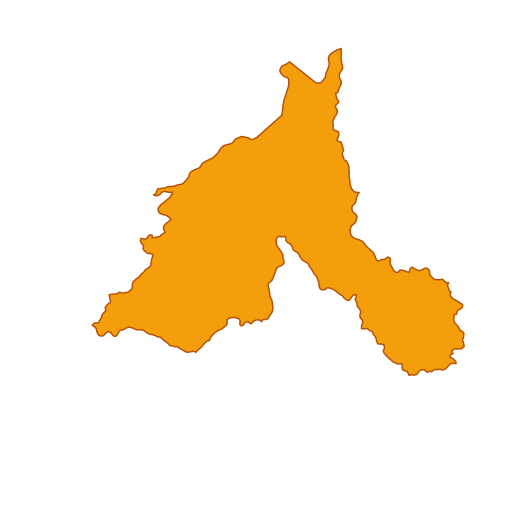 the district of Nanuque, Minas Gerais, Brazil, rotated 250°
{"feature_id": "56859067B31729881403209", "entity_name": "Nanuque", "entity_type": "district", "adm_level": 2, "iso_a3": "BRA", "parent_name": "Brazil", "parent_adm1": "Minas Gerais", "projection": "albers", "projection_center": [-40.519, -17.735], "detail": "fine", "context": "isolated", "style": "filled", "palette": "amber", "viewbox_px": 512, "rotation_deg": 250, "n_neighbors": 0, "source": "geoboundaries", "source_scale": "gbopen_adm2", "svg_char_len": 6112}
<svg xmlns="http://www.w3.org/2000/svg" viewBox="0 0 512 512"><g transform="rotate(250 256 256)"><path d="M269.6,104.7L263.6,103.9L262.0,103.1L261.7,100.8L260.6,98.7L259.0,96.6L256.1,96.3L254.2,92.5L252.8,90.7L251.1,89.9L249.2,87.4L247.0,85.0L248.0,82.5L248.2,80.5L246.8,78.5L244.5,80.3L242.1,81.1L239.7,80.6L236.8,80.6L234.8,81.5L233.8,83.1L233.3,85.0L233.9,86.7L234.9,88.6L235.6,91.5L233.3,93.6L231.0,94.1L229.4,95.0L228.6,96.7L229.3,98.6L232.1,101.7L232.7,103.7L232.1,106.1L232.9,111.5L231.8,113.8L227.6,118.5L225.9,123.0L224.4,125.1L221.4,127.0L219.5,128.6L216.2,133.7L213.8,135.7L212.7,138.1L211.0,139.4L209.3,139.9L207.5,140.9L206.0,142.2L203.7,143.5L201.2,144.5L200.1,146.8L198.6,148.6L197.9,150.4L196.8,151.8L194.9,153.0L190.1,157.1L188.7,159.1L188.7,160.9L188.1,162.8L187.8,165.1L186.1,166.5L187.4,168.7L189.2,174.0L190.6,176.0L192.6,180.0L192.6,183.0L193.8,184.5L195.4,185.9L197.8,190.7L198.9,194.0L199.1,198.9L201.2,204.7L203.3,206.3L205.9,206.8L206.6,208.7L206.5,211.6L205.7,214.6L202.8,218.6L200.0,218.9L197.8,217.5L195.8,217.7L195.2,220.1L196.7,221.9L197.4,223.7L196.8,226.2L194.3,227.6L194.4,229.6L195.6,231.4L195.8,234.7L194.6,237.6L192.5,238.6L193.8,241.0L193.1,243.4L193.0,245.9L194.9,247.9L197.7,252.0L200.9,253.9L202.5,254.5L207.2,255.5L209.3,255.7L211.6,255.5L213.9,255.5L219.9,256.8L223.9,257.3L225.6,257.9L226.7,260.0L227.4,262.2L228.7,263.8L237.6,271.4L238.3,274.0L238.3,276.3L238.8,278.3L240.0,280.0L242.1,280.6L245.8,280.8L248.0,281.7L252.8,280.8L257.4,279.4L259.7,279.2L264.5,280.5L266.2,282.1L266.6,284.7L264.9,287.3L264.5,290.0L262.5,290.2L260.1,289.4L257.8,290.3L255.9,292.1L253.6,293.0L251.5,293.2L249.6,293.0L247.7,293.9L245.4,295.8L243.2,296.8L241.3,296.9L237.0,297.9L235.5,298.8L232.2,301.7L230.3,302.5L227.3,302.7L224.8,303.6L219.1,304.6L215.7,305.9L211.1,306.0L208.7,305.8L206.7,305.1L204.9,304.9L202.9,305.1L201.7,306.4L201.1,308.2L201.0,310.0L201.8,311.9L200.5,314.7L197.4,317.9L195.5,319.2L193.2,320.3L188.5,323.9L186.2,324.4L183.4,326.5L182.4,328.0L183.1,329.8L184.8,331.5L186.1,335.0L185.1,336.9L183.0,335.9L181.2,334.3L179.2,334.5L177.5,335.0L175.7,334.3L173.6,334.1L170.0,335.4L168.0,335.4L164.6,333.2L161.8,332.9L160.2,333.7L157.9,334.0L156.0,332.9L154.1,331.2L151.6,330.3L150.5,332.9L149.9,335.7L148.1,336.7L144.8,339.5L142.3,339.4L139.9,340.3L137.4,340.7L134.3,340.1L131.7,340.5L130.1,344.2L128.7,345.8L125.8,345.4L123.3,343.1L120.9,343.1L116.8,344.8L109.6,348.6L106.7,351.4L105.7,353.5L105.3,355.7L103.4,356.2L101.2,355.1L98.9,355.0L97.1,356.9L95.9,358.6L91.7,359.0L91.0,361.9L90.0,364.1L89.7,366.5L90.7,368.3L91.9,369.7L92.6,371.5L92.2,373.6L91.4,375.3L89.7,376.0L88.0,377.5L88.5,379.9L87.1,381.5L88.2,384.0L87.8,386.2L86.3,390.6L84.9,392.7L85.2,396.2L86.5,398.2L88.4,402.2L86.6,407.1L88.3,407.7L92.0,406.1L94.3,403.7L96.8,405.2L96.9,407.8L99.8,407.4L100.9,410.6L99.2,415.1L98.6,417.5L99.8,420.6L103.3,421.3L106.8,421.4L108.2,422.9L112.1,424.9L114.6,424.1L116.5,422.2L118.3,422.3L121.4,421.5L124.9,420.0L127.3,419.7L130.1,420.7L133.0,422.2L132.6,424.2L135.6,426.5L136.2,428.5L136.5,431.2L138.0,432.9L139.7,433.5L142.1,431.6L143.7,430.8L145.1,429.4L146.5,428.4L147.6,427.0L151.6,425.1L153.3,425.0L155.5,427.0L157.5,425.7L163.3,425.9L164.8,427.8L166.0,425.6L168.5,424.1L170.5,423.3L170.7,421.3L172.1,417.1L173.9,414.9L178.9,413.0L183.1,413.9L185.9,412.7L186.8,410.1L186.0,405.9L186.6,404.0L188.0,402.3L189.8,400.6L192.2,398.9L191.4,396.7L188.2,394.0L191.2,390.6L192.9,388.2L193.5,386.3L192.1,384.0L192.9,381.8L195.2,380.5L202.5,379.4L205.1,380.1L206.5,381.2L208.8,381.0L209.9,379.3L208.9,375.6L209.7,373.1L209.4,370.3L209.7,368.5L211.6,367.7L215.7,367.8L219.6,367.2L227.3,363.0L231.4,361.9L233.4,360.9L236.2,358.3L238.2,355.2L240.8,353.3L243.5,352.3L246.6,352.7L250.1,354.4L251.9,356.5L253.2,360.3L254.3,361.6L257.4,363.9L259.0,364.5L261.8,363.8L263.2,362.5L265.6,361.9L268.7,362.6L270.2,363.9L271.5,366.7L273.0,368.4L277.6,371.2L280.4,374.5L282.0,371.2L283.1,369.9L286.4,368.9L289.5,368.8L291.5,368.9L293.7,369.8L299.5,370.8L302.3,372.1L309.6,374.0L314.6,373.3L316.0,371.8L319.7,371.8L323.3,372.3L325.3,374.5L333.9,375.0L335.1,373.0L336.9,371.5L340.3,374.5L342.3,375.6L344.6,375.9L347.8,372.1L349.7,372.0L352.6,373.4L356.5,374.2L360.0,377.8L361.5,380.1L363.4,381.6L365.7,382.3L368.7,381.5L370.6,382.6L371.7,385.6L373.1,386.6L375.7,385.8L381.8,386.4L381.6,388.6L385.8,392.0L388.1,394.5L390.6,395.9L395.4,395.4L397.9,396.3L399.7,397.8L402.5,401.6L404.2,402.1L408.8,402.7L413.6,403.7L416.6,405.4L419.2,406.0L421.8,406.9L421.9,402.7L421.4,399.4L420.1,395.0L419.2,393.3L416.9,391.6L411.8,390.6L410.2,389.8L407.7,387.9L403.9,384.4L399.9,382.0L396.6,376.4L397.7,371.8L427.1,353.8L426.1,351.1L425.6,345.4L424.2,343.6L422.3,341.9L420.4,341.8L418.2,342.2L416.6,342.9L415.0,343.9L413.4,346.0L411.3,347.2L406.9,345.9L404.4,344.6L392.4,335.3L389.2,333.4L380.7,329.2L379.2,327.9L367.2,297.5L366.8,294.8L366.7,292.5L367.7,290.5L369.6,289.4L371.0,286.9L372.5,284.9L373.3,282.7L373.0,278.0L372.5,275.8L371.3,274.1L370.4,272.6L370.1,270.6L370.7,265.2L370.5,262.6L369.7,260.5L368.5,258.5L366.8,256.6L365.2,254.1L363.3,249.7L362.8,247.8L362.7,245.0L361.9,239.6L361.2,237.0L358.5,233.5L358.1,231.5L358.0,226.8L357.6,224.4L356.2,221.6L353.7,220.1L352.2,218.3L349.6,213.4L348.9,211.3L349.6,206.5L349.7,202.9L350.0,200.6L350.9,198.8L351.3,196.3L351.1,193.4L352.4,188.3L352.6,186.3L349.1,183.6L348.4,180.9L346.9,182.1L346.5,184.5L346.7,186.8L348.1,189.3L348.1,192.0L345.4,196.3L344.6,199.2L343.0,198.2L340.6,195.3L336.5,183.7L334.4,180.5L332.3,179.6L329.8,179.8L328.3,180.9L324.5,185.8L322.6,187.2L319.8,188.6L318.8,187.1L316.8,181.5L315.9,179.9L313.7,178.5L309.2,178.5L308.5,174.8L307.3,172.3L307.7,169.0L308.6,164.8L311.0,165.5L312.2,163.2L311.5,161.5L310.1,160.0L309.7,157.4L311.9,154.0L310.1,152.6L307.4,152.6L304.1,153.9L301.5,152.3L299.2,152.8L295.4,155.1L294.2,158.2L291.9,159.8L289.8,157.7L287.8,156.3L282.9,153.7L281.8,151.5L280.9,147.4L279.2,144.9L278.5,142.7L276.6,139.5L275.5,135.8L273.9,132.0L271.9,130.2L269.1,129.2L267.4,127.8L265.7,123.4L266.5,120.3L266.7,117.9L268.7,115.4L268.0,112.3L269.6,106.7L269.6,104.7Z" fill="#f59e0b" stroke="#b45309" stroke-width="1.5"/></g></svg>